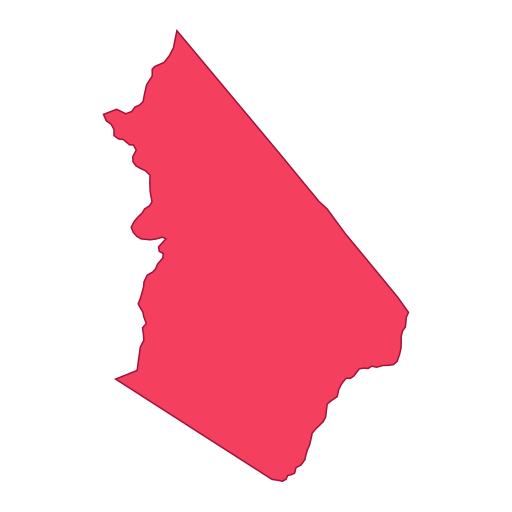 the district of Água Branca, Alagoas, Brazil
{"feature_id": "56859067B70474905670941", "entity_name": "Água Branca", "entity_type": "district", "adm_level": 2, "iso_a3": "BRA", "parent_name": "Brazil", "parent_adm1": "Alagoas", "projection": "natural_earth1", "projection_center": [-37.913, -9.252], "detail": "fine", "context": "isolated", "style": "filled", "palette": "rose", "viewbox_px": 512, "rotation_deg": 0, "n_neighbors": 0, "source": "geoboundaries", "source_scale": "gbopen_adm2", "svg_char_len": 1754}
<svg xmlns="http://www.w3.org/2000/svg" viewBox="0 0 512 512"><path d="M103.5,114.4L106.3,120.9L111.2,124.3L114.0,129.6L114.0,135.6L118.6,139.0L123.3,139.5L126.2,142.0L129.5,144.8L133.4,145.0L136.2,150.1L132.8,156.7L133.0,161.8L135.8,165.7L140.3,168.4L145.1,170.5L150.0,175.1L149.8,182.7L150.2,191.7L151.2,197.4L152.0,201.8L149.4,205.9L144.5,209.0L142.3,212.8L138.5,216.5L134.4,221.1L131.2,227.3L133.4,232.6L136.8,236.3L141.1,238.9L145.4,239.3L150.2,239.8L156.4,238.9L162.4,237.2L166.0,238.8L161.9,243.2L158.5,246.9L159.3,251.4L163.3,253.6L162.8,258.0L160.1,261.1L157.5,264.1L155.7,268.7L152.6,272.1L147.3,275.0L144.0,281.8L143.6,286.6L142.5,290.9L140.6,297.7L138.2,303.9L140.7,308.5L142.9,312.2L143.7,316.6L146.3,323.5L142.5,327.8L143.3,333.3L143.9,340.1L140.3,347.1L137.1,370.4L115.6,379.1L199.4,432.9L272.0,479.4L278.2,480.3L282.5,481.3L286.1,479.2L287.7,475.5L291.2,474.7L294.6,473.2L296.0,467.7L301.1,464.9L304.9,459.6L306.0,454.6L307.5,449.7L309.6,444.9L310.9,439.4L312.2,433.2L315.7,429.0L319.7,425.1L323.2,421.7L325.6,417.1L326.4,410.6L327.2,404.1L331.2,400.7L337.2,396.6L338.7,389.7L340.9,385.1L343.2,381.8L346.2,378.2L350.3,378.4L353.6,376.2L356.9,372.0L359.3,368.8L364.2,368.1L368.1,368.5L371.7,366.2L376.7,367.2L382.8,365.5L388.6,365.3L393.5,364.6L397.2,361.2L399.6,354.3L401.0,348.1L401.2,342.1L401.2,336.3L402.6,330.8L405.4,327.0L405.9,321.6L406.3,317.3L408.5,312.4L397.7,297.2L366.8,259.6L345.0,233.3L327.2,209.0L318.7,201.2L315.5,197.2L305.4,185.0L300.9,179.5L280.7,154.9L176.9,30.7L175.1,39.5L173.4,47.9L169.5,55.5L164.1,62.4L154.9,66.4L152.2,69.2L152.2,76.1L146.6,84.8L144.4,94.4L143.1,101.5L139.6,105.0L134.9,107.1L131.8,111.5L125.8,113.7L116.6,109.3L108.5,112.4L103.5,114.4Z" fill="#f43f5e" stroke="#9f1239" stroke-width="1.5"/></svg>